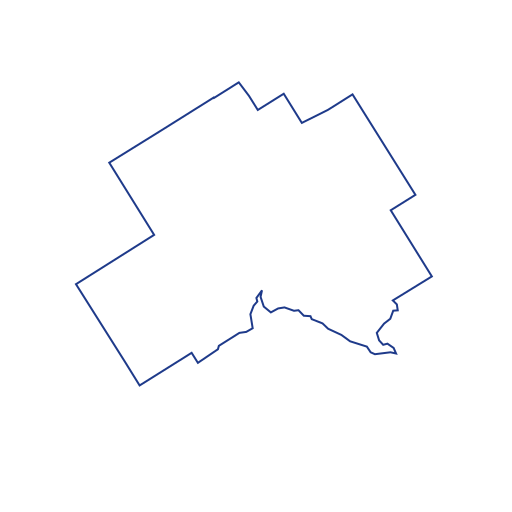 outline of Butte, Idaho, United States of America, rotated 238°
{"feature_id": "52423323B97666997911945", "entity_name": "Butte", "entity_type": "district", "adm_level": 2, "iso_a3": "USA", "parent_name": "United States of America", "parent_adm1": "Idaho", "projection": "robinson", "projection_center": [-113.393, 43.759], "detail": "fine", "context": "isolated", "style": "outline", "palette": "blue", "viewbox_px": 512, "rotation_deg": 238, "n_neighbors": 0, "source": "geoboundaries", "source_scale": "gbopen_adm2", "svg_char_len": 905}
<svg xmlns="http://www.w3.org/2000/svg" viewBox="0 0 512 512"><g transform="rotate(238 256 256)"><path d="M99.1,323.1L105.1,324.0L112.0,321.0L113.3,316.8L119.2,315.7L126.8,317.7L130.8,328.8L131.6,336.6L136.9,343.4L134.8,347.4L140.3,349.8L145.8,348.5L145.5,394.3L223.4,394.5L223.4,423.6L324.6,423.5L341.9,423.5L341.8,394.4L344.6,365.4L378.9,365.5L378.9,334.9L395.5,334.9L412.4,333.4L412.3,304.1L412.8,304.1L412.7,242.4L412.9,181.0L327.9,180.8L327.5,88.4L235.1,88.8L207.9,88.7L208.0,150.1L196.2,150.1L197.1,174.3L199.5,176.9L199.6,201.2L196.8,207.5L196.5,214.9L209.6,220.4L215.1,227.7L216.7,233.0L220.2,234.1L223.7,242.9L218.9,238.2L209.0,235.8L200.3,238.7L199.8,247.0L197.3,252.9L189.4,259.2L187.5,263.3L180.0,264.9L176.1,270.3L172.9,269.8L163.6,276.7L156.1,278.6L143.8,286.6L133.8,290.6L120.4,302.0L113.6,302.2L109.7,304.8L103.1,319.0L99.1,323.1Z" fill="none" stroke="#1e3a8a" stroke-width="2"/></g></svg>